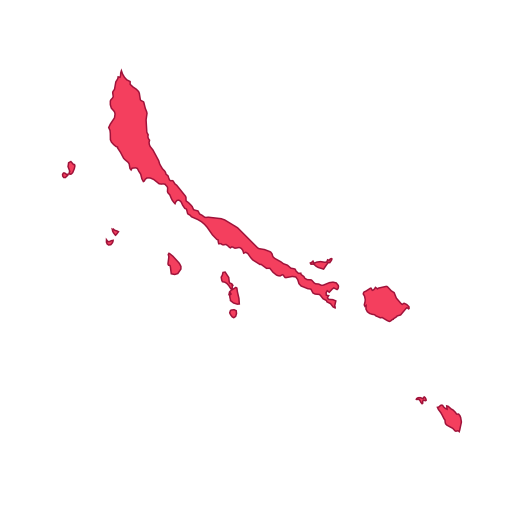 the border of New Ireland, rotated 172°
{"feature_id": "PNG-1255", "entity_name": "New Ireland", "entity_type": "Province", "adm_level": 1, "iso_a3": "PNG", "parent_name": "Papua New Guinea", "parent_adm1": "", "projection": "equal_earth", "projection_center": [151.706, -3.097], "detail": "fine", "context": "isolated", "style": "filled", "palette": "rose", "viewbox_px": 512, "rotation_deg": 172, "n_neighbors": 0, "source": "natural_earth", "source_scale": "10m", "svg_char_len": 6089}
<svg xmlns="http://www.w3.org/2000/svg" viewBox="0 0 512 512"><g transform="rotate(172 256 256)"><path d="M384.0,391.4L383.2,397.8L383.1,400.7L384.0,403.7L381.9,406.9L376.9,412.5L375.8,416.3L376.1,418.6L378.7,422.6L379.2,426.1L378.7,429.7L378.1,430.7L376.0,432.5L375.2,433.7L375.2,437.6L374.8,438.7L372.9,440.8L370.6,447.9L368.2,450.8L367.6,452.6L365.8,451.9L365.0,453.5L364.5,456.1L363.5,458.2L362.8,454.7L361.4,451.3L359.4,448.4L356.4,446.3L356.7,443.5L354.4,440.6L351.3,437.8L349.4,435.2L348.9,433.4L348.8,427.0L348.5,426.2L345.9,424.3L345.7,423.5L345.1,417.7L344.2,414.0L344.1,412.4L345.9,406.1L346.9,393.7L345.9,391.0L346.4,389.6L346.4,388.1L346.0,386.7L345.3,385.5L346.1,383.3L346.1,381.2L345.6,379.2L343.3,375.3L339.1,363.9L338.6,360.6L337.9,358.7L336.5,355.4L334.7,353.0L334.0,351.5L333.7,349.5L332.1,347.8L331.8,347.1L331.7,345.8L331.1,343.5L330.6,342.8L330.0,342.4L328.4,342.3L327.7,341.9L326.2,338.6L324.7,337.1L317.5,325.0L317.2,323.8L317.5,321.2L317.5,320.2L315.4,318.2L313.3,315.4L312.3,313.8L311.4,310.6L310.1,309.9L307.2,308.7L306.0,305.5L303.6,303.7L301.3,301.4L299.7,301.1L298.0,301.1L285.3,297.8L282.0,296.1L270.3,286.5L253.4,264.0L252.1,262.9L246.7,261.2L241.6,258.4L240.8,257.7L239.8,255.8L239.5,253.5L239.1,252.6L237.8,251.0L232.2,246.8L230.0,244.6L226.1,242.5L223.2,239.1L220.2,238.1L219.0,237.4L218.5,235.6L216.4,232.9L214.0,232.7L214.0,231.7L213.8,231.3L211.4,228.9L210.9,227.3L208.7,225.5L204.8,224.7L204.1,224.1L202.1,221.2L200.9,220.2L197.8,219.5L195.4,217.9L193.7,217.7L187.0,219.4L183.4,219.4L180.3,218.2L178.6,215.4L178.6,214.0L179.3,212.3L180.4,211.5L183.4,213.6L185.2,212.6L188.5,209.9L190.3,211.7L191.7,209.9L191.8,207.3L189.6,206.6L191.0,204.9L190.7,203.7L189.8,202.9L186.0,202.1L183.2,200.4L185.0,195.7L184.7,194.3L184.9,193.6L186.7,194.8L188.8,198.4L192.1,200.7L192.5,202.1L195.5,204.3L197.7,208.0L198.6,209.1L202.8,210.1L204.7,211.4L206.2,215.4L207.2,215.9L209.2,216.4L215.5,220.0L217.3,222.6L218.0,226.9L219.5,229.7L222.9,230.7L229.4,230.4L230.3,230.7L231.7,233.3L232.6,233.8L234.9,232.9L236.8,233.4L238.4,234.3L241.4,237.5L244.0,241.9L247.3,242.3L252.2,247.1L253.2,247.0L259.8,252.6L261.4,255.0L263.7,259.5L265.6,261.1L267.8,260.5L268.3,263.4L269.4,265.4L270.7,266.5L271.9,266.8L275.1,266.6L276.1,266.8L277.8,268.1L278.9,268.4L280.2,267.6L281.1,268.3L282.5,270.1L284.1,271.6L287.0,271.6L287.9,272.0L289.0,273.1L291.2,273.3L291.4,275.3L291.3,277.2L292.5,277.9L296.2,283.0L300.4,291.3L302.7,294.7L305.3,297.6L308.4,300.1L314.4,303.8L315.7,305.7L317.4,306.9L317.8,307.6L318.3,311.9L318.7,312.4L319.8,313.0L320.2,313.7L321.6,316.6L322.4,319.3L323.0,320.6L324.7,322.1L326.5,322.0L327.9,320.8L328.9,319.1L330.0,320.7L331.2,322.9L332.0,325.3L332.8,328.5L334.4,330.8L334.7,332.1L334.0,335.8L334.4,337.2L335.9,339.3L335.9,339.6L337.7,340.3L339.7,340.4L341.9,341.0L346.5,345.9L349.7,347.9L351.3,348.3L353.3,348.4L355.0,347.4L356.2,345.8L357.2,345.4L358.3,348.4L358.8,353.1L360.3,356.3L361.3,359.2L362.9,360.1L366.5,360.2L367.7,358.6L368.6,360.1L368.8,365.0L369.7,366.7L372.4,369.7L373.5,371.2L375.8,377.6L378.0,382.2L377.9,383.1L379.5,384.0L381.5,386.2L383.3,388.9L384.0,391.4ZM155.1,190.9L155.6,192.5L154.3,195.8L153.9,197.6L154.1,201.1L155.1,203.5L154.5,204.8L153.9,205.4L152.1,205.9L147.1,208.2L146.5,208.1L145.6,205.8L144.3,206.1L143.0,207.2L142.1,208.3L140.3,206.6L139.0,207.2L131.2,207.8L130.4,207.5L129.7,206.7L126.9,202.7L124.3,200.5L122.9,194.8L119.2,189.0L118.0,187.7L116.0,188.6L113.5,187.0L111.6,184.5L111.7,182.8L112.2,182.4L113.3,183.5L113.9,183.7L114.7,183.2L121.0,177.5L124.5,177.0L125.4,176.2L128.8,174.6L128.9,174.2L130.0,174.0L131.8,172.9L133.0,172.6L134.9,173.7L139.6,177.5L141.5,177.5L144.5,179.4L145.3,179.7L146.8,181.4L149.1,182.1L151.5,183.3L153.5,185.3L154.5,188.1L153.9,191.6L155.1,190.9ZM92.4,68.5L93.9,72.9L94.8,75.1L96.7,78.6L97.4,80.9L96.0,81.0L94.0,82.4L92.8,82.5L92.0,82.1L91.0,80.1L89.6,78.6L88.1,77.7L88.0,81.0L86.6,80.4L83.6,76.9L82.8,76.6L82.0,75.7L80.2,73.3L79.5,71.7L79.0,71.4L77.4,71.3L76.3,69.5L75.8,67.5L75.7,63.0L78.5,55.3L79.2,53.8L79.7,54.5L80.5,54.8L82.5,54.7L83.2,55.1L85.1,57.9L90.4,61.8L91.6,63.4L91.8,64.8L91.7,67.3L92.4,68.5ZM342.4,258.1L342.8,258.8L343.8,259.0L344.2,259.7L344.2,260.8L342.4,267.4L342.7,269.7L341.8,270.8L341.0,270.2L338.3,267.3L333.3,260.0L332.6,258.5L331.8,256.1L332.2,253.5L335.9,249.5L339.1,249.0L342.4,250.2L342.3,256.6L342.4,258.1ZM287.8,222.5L287.2,224.1L285.5,225.4L280.4,227.7L279.4,226.9L279.4,223.3L278.8,216.4L279.2,210.8L281.2,210.9L284.8,212.6L287.5,215.4L287.4,216.4L287.6,218.7L287.5,220.9L286.0,221.8L286.6,223.4L287.8,222.5ZM200.3,240.0L202.7,240.2L203.2,241.5L201.7,242.0L200.3,243.0L199.7,241.3L198.9,240.9L196.7,241.5L192.9,241.5L188.7,240.2L186.8,240.2L185.6,242.3L184.3,241.6L182.9,242.7L181.8,243.0L181.2,242.5L181.9,241.2L183.9,239.1L185.2,239.5L187.2,237.7L190.9,233.6L196.0,236.0L197.9,237.5L199.5,239.4L200.3,240.0ZM292.8,235.2L293.3,236.7L293.4,239.9L292.0,241.7L291.0,244.3L288.8,244.4L286.0,238.5L286.1,234.4L285.8,232.9L283.9,231.9L283.1,230.4L283.7,230.4L283.6,228.9L284.2,227.3L285.2,226.7L286.0,228.1L287.1,230.6L288.7,232.9L290.5,234.4L292.8,235.2ZM429.3,365.0L428.6,365.7L429.7,370.7L428.6,374.4L426.2,375.3L423.9,371.9L423.0,371.8L422.8,370.4L423.8,367.7L425.9,364.1L427.5,362.9L428.9,362.8L429.3,365.0ZM285.2,205.9L283.2,204.6L283.3,201.7L284.6,199.0L286.6,198.0L288.0,199.0L289.1,200.9L289.8,202.7L289.9,203.5L288.9,205.5L288.1,205.9L285.2,205.9ZM115.5,91.5L116.8,91.5L117.2,91.8L116.7,92.5L115.2,93.1L113.0,92.9L110.7,91.6L110.0,91.9L109.7,92.7L108.9,93.0L108.1,92.0L107.6,90.6L107.6,89.4L108.3,89.1L110.3,89.9L111.1,89.0L111.4,87.0L112.1,86.6L113.1,88.1L113.6,89.7L114.2,91.0L115.5,91.5ZM398.2,287.4L400.4,287.4L401.7,288.6L402.2,290.5L401.8,292.9L400.7,290.9L399.0,290.7L397.1,291.3L395.3,291.4L395.7,290.1L396.4,289.0L398.2,287.4ZM388.8,299.2L391.4,296.6L392.3,296.1L393.9,298.8L394.5,300.5L394.6,302.5L394.0,302.0L393.5,302.5L392.4,301.2L389.9,300.0L388.8,299.2ZM433.9,360.2L435.5,360.5L436.3,362.0L436.2,363.8L435.1,365.0L433.9,364.8L432.0,363.0L430.5,363.3L431.1,362.2L433.9,360.2Z" fill="#f43f5e" stroke="#9f1239" stroke-width="1.5"/></g></svg>